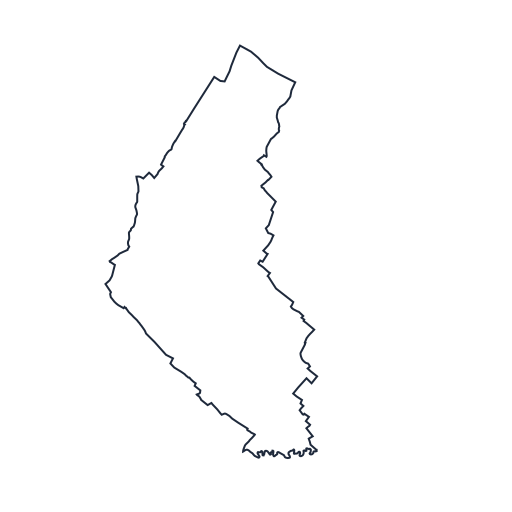 Santo Tomás, Atlántico, Colombia, rotated 297°
{"feature_id": "7082276B26662960638408", "entity_name": "Santo Tomás", "entity_type": "district", "adm_level": 2, "iso_a3": "COL", "parent_name": "Colombia", "parent_adm1": "Atlántico", "projection": "orthographic", "projection_center": [-74.801, 10.735], "detail": "fine", "context": "isolated", "style": "outline", "palette": "slate", "viewbox_px": 512, "rotation_deg": 297, "n_neighbors": 0, "source": "geoboundaries", "source_scale": "gbopen_adm2", "svg_char_len": 6036}
<svg xmlns="http://www.w3.org/2000/svg" viewBox="0 0 512 512"><g transform="rotate(297 256 256)"><path d="M428.6,212.1L428.5,193.0L429.5,179.9L431.2,174.6L433.6,168.0L435.8,158.8L436.2,146.2L428.4,146.2L414.4,147.6L408.6,148.6L401.6,148.7L397.3,148.8L395.8,144.8L396.6,137.5L359.4,133.9L344.4,132.6L344.4,132.2L343.0,132.2L342.7,132.0L342.5,131.8L341.0,131.8L340.4,132.5L340.5,132.8L340.0,132.7L337.9,133.1L336.3,133.1L335.3,132.9L331.3,132.6L321.7,132.0L321.7,131.7L318.7,131.4L316.4,131.5L315.3,131.6L314.3,131.8L313.1,132.2L312.7,132.2L312.1,132.0L310.9,131.1L310.1,130.7L308.7,130.3L307.4,130.0L304.9,129.8L303.4,129.5L302.7,129.7L302.5,129.9L294.3,129.9L294.2,130.1L293.8,132.8L291.4,132.3L288.3,131.2L287.5,131.0L286.2,130.9L284.8,131.0L284.4,131.1L283.9,131.0L279.3,129.9L280.8,126.4L281.7,122.9L273.9,120.4L274.0,117.7L273.9,116.6L273.4,115.1L272.4,113.4L270.4,114.9L264.8,119.4L260.3,121.9L259.9,122.0L257.6,122.1L257.1,122.2L255.0,123.2L250.5,125.5L249.8,125.6L248.8,125.4L247.5,125.4L246.5,125.5L245.4,125.9L244.6,126.4L242.4,128.7L240.8,130.0L239.5,130.9L238.9,131.1L236.9,131.1L234.9,131.3L232.0,132.5L230.6,133.0L227.6,133.5L226.4,133.5L226.1,133.2L223.9,132.4L223.5,132.3L222.0,132.8L221.3,132.6L220.1,132.2L219.1,132.2L218.3,132.6L216.2,133.9L214.4,134.9L213.3,135.3L210.8,135.5L209.7,135.9L209.1,136.2L207.6,137.4L207.3,137.9L206.8,138.8L204.1,138.6L203.1,138.8L199.4,135.8L196.0,133.2L193.7,132.5L189.8,130.4L187.7,129.1L186.2,128.5L185.0,127.9L184.4,128.7L184.5,129.1L184.4,130.6L184.1,132.6L184.0,134.3L173.2,136.7L172.1,136.8L167.8,136.6L162.7,134.6L157.9,143.2L156.7,143.2L155.9,143.3L153.4,145.3L151.0,150.5L150.2,153.1L149.7,155.6L149.4,161.7L150.9,162.0L150.3,163.5L150.6,163.8L150.4,164.0L149.4,165.9L148.2,168.2L146.9,172.5L146.1,174.6L144.8,179.0L143.6,181.6L143.4,182.3L142.5,184.0L141.8,185.6L139.5,190.0L138.5,191.5L137.0,193.2L133.3,204.7L130.7,211.4L127.1,220.7L127.1,228.5L121.4,228.5L119.5,233.8L118.9,241.8L118.5,244.8L118.3,246.1L117.5,248.4L117.5,248.9L117.0,250.7L117.0,251.1L117.4,251.7L117.4,251.9L116.6,253.8L115.8,256.5L115.5,257.9L115.2,260.1L112.4,260.3L111.0,267.4L108.8,268.2L108.3,268.2L107.8,268.0L105.7,266.1L105.4,266.7L105.1,268.9L104.9,269.5L103.6,271.6L102.9,272.4L101.2,280.6L104.8,283.0L104.0,284.7L101.8,291.0L99.7,295.6L99.0,297.5L101.2,299.4L101.4,299.8L101.7,300.5L101.7,301.7L101.4,305.0L100.3,308.6L99.4,315.8L98.4,326.9L97.4,326.9L97.1,327.1L96.9,327.6L96.8,330.3L96.4,331.9L96.5,335.0L96.4,336.0L95.7,336.0L94.7,335.7L92.1,335.0L89.1,334.0L87.6,333.8L83.2,332.3L81.9,332.2L78.3,332.6L76.9,332.9L75.9,333.3L76.3,333.6L77.4,334.1L78.5,334.9L79.0,335.4L79.4,336.1L79.5,337.1L79.4,338.2L78.9,339.7L78.6,342.4L77.6,344.7L77.3,345.8L77.4,349.7L78.0,350.3L78.7,350.3L79.2,349.8L80.7,347.2L81.2,346.8L82.0,346.7L82.4,347.3L82.5,347.9L83.0,348.8L83.6,349.1L84.2,349.1L84.6,349.3L84.7,349.8L84.5,350.6L83.7,350.9L81.6,352.2L81.5,352.7L81.8,353.3L82.3,353.2L83.2,353.3L84.3,352.9L85.6,352.7L86.5,352.7L87.0,353.4L87.2,354.2L87.1,355.2L85.5,358.3L85.4,358.7L85.7,359.1L86.1,359.3L86.6,359.0L87.1,358.5L87.6,358.3L87.8,358.4L88.2,359.0L88.8,359.3L90.0,359.0L90.2,359.5L90.0,360.1L89.2,360.5L87.0,361.2L86.2,362.0L85.7,362.7L85.8,363.1L86.8,363.8L87.5,363.9L88.2,364.5L89.2,364.8L90.3,364.2L90.7,364.2L91.1,364.4L91.4,364.9L91.5,365.5L91.4,366.6L91.2,371.3L90.0,373.0L89.9,373.6L89.9,374.3L90.4,376.1L91.5,377.5L92.1,377.6L92.6,377.3L93.2,376.7L94.1,375.1L95.1,374.4L95.9,374.3L96.6,374.6L98.1,375.4L99.0,376.6L99.4,376.9L100.6,377.3L100.7,377.8L100.3,378.3L97.3,379.4L97.1,379.8L97.4,380.4L98.0,381.0L98.3,381.7L98.8,382.3L99.5,382.7L100.7,382.9L101.2,383.3L101.3,383.9L101.0,384.4L100.0,385.0L98.7,385.1L98.0,385.4L97.8,385.8L97.8,386.3L98.0,386.8L98.3,387.2L99.3,387.9L99.8,388.1L100.7,388.2L102.2,387.9L102.9,387.5L103.9,386.8L104.3,386.9L104.7,387.3L104.8,388.9L105.4,389.3L106.2,388.9L106.9,388.3L107.5,388.3L107.8,388.8L108.0,390.9L108.5,391.2L108.7,391.6L108.6,392.2L108.4,392.7L107.5,393.2L106.1,393.6L105.4,393.6L104.7,393.4L104.3,393.5L104.0,394.0L104.0,394.7L104.3,395.3L104.8,395.9L105.3,396.2L106.6,396.5L107.2,396.2L107.7,396.1L108.2,396.3L108.6,396.9L108.9,397.8L109.5,398.4L109.7,398.6L110.8,398.0L110.7,397.8L112.6,390.3L114.8,388.4L117.2,385.9L121.1,388.4L125.4,379.1L127.5,379.9L128.9,380.7L130.2,380.8L131.5,375.4L136.7,376.2L137.4,370.7L136.3,370.5L136.1,369.5L138.4,364.9L140.6,365.3L143.9,366.3L144.8,362.6L148.6,362.3L149.3,355.9L150.3,351.6L158.1,353.3L170.0,356.5L167.8,363.3L176.5,365.1L178.2,356.7L179.2,353.1L182.1,354.2L183.4,352.1L183.8,351.1L183.5,349.7L183.4,348.7L183.7,347.1L184.3,345.2L185.1,343.7L185.8,342.9L187.0,341.6L188.2,340.6L189.3,339.9L190.1,339.7L199.4,339.8L199.7,339.5L201.1,339.5L201.1,338.8L205.6,338.4L208.7,338.9L211.3,339.6L214.0,340.5L216.8,341.3L219.2,331.1L219.7,327.9L221.2,327.9L221.7,324.6L224.0,325.3L225.6,319.9L225.7,319.4L225.5,318.2L225.5,313.5L225.9,311.6L226.8,310.0L228.9,310.3L231.9,310.1L236.1,288.6L243.2,276.4L243.4,275.5L247.2,276.1L247.3,274.6L247.8,272.6L249.2,267.6L250.0,262.3L250.5,261.4L253.9,261.8L253.9,264.5L263.1,265.4L263.0,264.5L264.1,260.1L271.0,262.0L275.1,262.5L277.0,262.5L278.7,262.3L280.7,262.2L282.3,262.2L282.5,258.8L282.0,256.5L285.1,252.2L289.3,253.4L302.9,251.3L304.0,248.7L313.4,248.9L317.2,237.3L317.9,235.8L318.5,234.1L319.8,232.1L319.8,229.9L321.1,228.9L325.9,231.1L329.2,232.1L329.3,232.5L333.6,233.8L334.6,232.1L335.7,229.4L336.2,228.5L337.0,224.6L338.4,221.8L339.2,220.7L339.7,219.4L340.3,219.5L341.0,216.0L341.5,214.1L343.2,214.7L345.0,215.5L348.7,217.5L349.0,217.6L349.3,217.5L349.1,220.2L349.7,220.2L350.4,219.9L354.3,217.4L356.7,216.4L358.1,216.0L366.9,216.2L367.5,216.4L367.7,216.6L370.5,217.8L374.6,218.9L376.9,220.0L377.5,219.9L378.4,219.6L378.6,219.2L379.6,218.6L381.2,218.1L381.9,218.0L382.4,217.7L382.8,217.3L383.7,216.8L384.6,216.0L385.5,214.7L386.2,214.2L388.8,211.7L390.6,210.8L395.0,209.5L396.6,209.4L398.5,209.8L399.7,209.8L404.7,212.6L407.9,213.4L410.2,213.7L411.4,214.0L413.6,214.2L419.7,212.4L428.6,212.1Z" fill="none" stroke="#1e293b" stroke-width="2"/></g></svg>